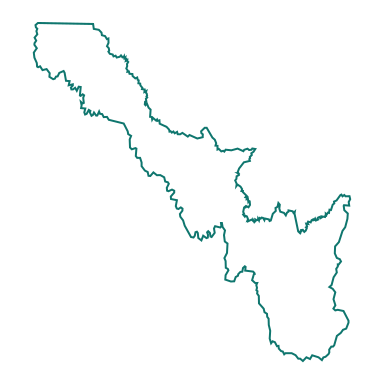 Rionegro, Santander, Colombia
{"feature_id": "7082276B88836733063931", "entity_name": "Rionegro", "entity_type": "district", "adm_level": 2, "iso_a3": "COL", "parent_name": "Colombia", "parent_adm1": "Santander", "projection": "equal_earth", "projection_center": [-73.314, 7.479], "detail": "fine", "context": "isolated", "style": "outline", "palette": "teal", "viewbox_px": 384, "rotation_deg": 0, "n_neighbors": 0, "source": "geoboundaries", "source_scale": "gbopen_adm2", "svg_char_len": 5955}
<svg xmlns="http://www.w3.org/2000/svg" viewBox="0 0 384 384"><path d="M37.9,23.0L35.5,25.1L35.9,27.3L37.3,28.8L36.4,31.1L37.3,34.3L34.6,37.6L36.2,40.7L34.5,43.2L34.4,44.8L36.8,48.2L33.8,52.6L34.4,57.6L36.8,63.0L37.1,66.6L38.1,67.2L40.1,66.3L42.5,70.1L46.6,69.1L49.7,73.2L49.4,76.8L53.2,79.2L54.8,78.7L56.0,76.6L57.6,76.4L59.3,72.9L63.6,71.0L64.6,72.8L66.0,80.8L69.6,81.1L68.7,85.3L72.8,84.3L72.8,85.5L70.9,87.6L71.4,89.4L73.0,89.4L75.1,87.8L76.8,90.8L78.7,86.7L80.7,87.0L79.9,95.5L80.6,95.9L82.7,94.3L84.1,95.3L83.2,97.8L83.8,102.9L82.6,103.5L80.9,101.9L81.6,105.4L81.1,108.1L85.3,108.5L84.3,112.3L85.1,114.5L86.6,113.9L88.8,109.9L90.4,110.9L89.8,112.3L91.5,115.8L92.9,115.0L94.0,112.5L96.2,115.6L97.3,115.5L99.1,111.5L100.0,113.8L102.2,114.1L103.7,117.1L107.0,116.9L108.8,119.8L123.7,123.5L127.7,131.3L128.2,134.1L131.1,135.9L129.7,139.4L130.0,147.5L131.8,149.3L135.4,148.1L136.4,148.6L135.8,156.0L137.2,157.9L140.1,157.9L141.6,162.5L141.6,166.2L144.9,170.6L147.7,172.0L148.5,175.8L150.3,176.0L153.4,172.4L156.9,175.2L160.3,175.1L164.2,177.3L165.2,181.5L167.9,182.3L168.8,183.8L166.8,187.8L167.1,190.7L168.5,191.2L172.0,189.6L174.2,190.7L174.2,192.6L170.8,196.5L171.0,199.0L176.9,200.2L175.8,206.1L176.8,208.5L178.4,209.0L180.8,207.4L182.5,208.6L182.4,210.7L179.9,214.0L180.3,216.7L183.1,220.4L184.7,225.7L191.0,237.0L193.5,237.5L194.8,235.7L195.5,232.2L196.9,231.7L197.8,233.0L198.3,238.0L201.4,240.4L203.2,235.7L206.5,238.1L207.8,237.6L208.0,234.8L207.1,232.3L208.2,231.2L209.9,232.9L210.5,236.5L211.6,237.0L214.7,232.8L214.0,228.5L215.1,226.2L220.3,227.5L221.4,226.2L221.0,223.0L221.9,223.0L222.6,227.0L225.0,230.4L224.0,235.1L224.8,241.5L227.5,243.5L227.0,253.0L224.4,258.1L225.6,261.0L225.8,267.8L227.8,268.9L228.4,270.3L225.6,275.2L225.3,279.6L230.9,281.5L234.2,281.3L235.7,277.0L238.0,275.7L238.2,274.2L240.4,271.9L242.3,271.7L243.0,268.0L244.8,266.3L245.6,266.9L245.2,270.6L253.1,271.6L254.4,273.0L254.7,273.9L253.9,274.1L252.1,280.2L255.3,283.1L257.2,283.0L256.3,285.1L257.0,287.8L256.4,290.2L257.5,291.2L257.1,293.5L258.8,295.9L259.0,303.4L263.7,308.7L264.5,312.2L267.0,313.8L267.2,316.8L268.6,318.7L268.8,325.0L270.2,330.8L269.7,338.6L271.1,343.3L272.6,341.3L274.9,342.2L277.0,346.2L278.5,345.9L278.8,348.6L281.1,351.1L282.8,351.5L284.2,354.3L285.4,353.2L291.7,353.2L295.6,355.2L298.3,358.7L300.2,358.7L302.9,361.0L306.4,357.3L310.0,359.0L312.2,355.3L318.5,357.3L321.9,360.1L323.4,357.4L325.5,356.8L328.5,354.1L329.3,352.4L329.2,349.6L331.3,346.6L333.0,346.6L334.2,345.3L336.9,335.9L340.8,332.9L343.0,329.8L346.2,328.6L348.5,322.7L348.5,320.7L343.5,311.0L337.7,309.8L335.3,310.4L333.4,308.6L335.4,305.3L333.5,299.2L335.3,292.3L332.7,288.8L329.4,287.0L331.6,285.0L333.6,277.3L336.8,272.5L336.2,268.9L337.8,266.5L337.8,264.5L338.5,264.7L341.0,261.5L339.8,259.2L336.8,257.9L334.8,253.3L335.1,246.4L338.9,242.1L342.5,230.9L345.2,227.2L347.4,218.9L347.8,213.5L344.3,210.2L343.7,205.9L344.0,205.2L349.2,205.6L348.7,202.0L350.2,199.2L349.5,196.2L345.5,196.3L344.3,195.0L342.5,196.3L341.4,194.6L340.4,195.1L336.5,200.5L334.0,201.6L334.3,203.4L332.7,204.7L331.0,210.0L329.5,209.7L329.0,212.9L328.0,212.6L326.8,214.4L325.8,213.6L326.0,215.8L325.3,215.7L325.0,217.0L321.8,216.4L322.0,217.3L320.3,218.3L319.8,216.9L318.2,217.5L317.5,218.4L318.0,219.6L315.9,220.5L315.1,218.6L314.2,220.1L313.2,220.3L313.0,219.4L311.6,220.2L310.7,222.4L308.1,221.6L307.5,222.9L308.1,224.0L306.2,223.7L307.1,226.5L306.0,227.3L306.8,228.1L305.7,230.7L304.3,231.9L302.8,229.8L301.1,230.1L301.3,231.2L299.8,231.6L300.5,232.8L300.2,233.3L298.2,231.4L294.5,213.5L294.8,211.7L293.5,212.9L292.7,211.3L288.5,210.4L288.4,211.7L287.0,212.6L285.8,215.4L284.0,212.9L280.3,211.7L279.3,208.6L279.8,204.7L278.4,203.0L277.5,206.8L275.5,208.0L275.8,210.9L272.8,213.8L270.8,220.5L269.6,221.0L268.9,219.4L264.9,218.5L264.4,220.2L263.0,217.9L261.5,217.6L260.7,218.6L259.6,218.0L259.0,220.5L258.1,218.8L258.0,219.9L256.7,220.2L255.3,219.4L255.4,221.1L254.3,222.2L252.9,219.6L252.6,220.5L251.6,219.6L248.1,221.3L248.1,220.4L247.4,220.7L248.0,219.1L246.9,216.4L245.3,215.7L244.8,216.6L243.1,214.5L244.0,213.7L243.2,211.9L244.1,207.5L245.6,206.3L245.9,207.1L246.7,206.3L248.5,207.3L250.0,204.9L249.7,201.3L248.8,200.9L248.3,201.7L248.0,199.3L247.0,199.3L247.8,198.3L247.4,196.2L247.0,198.0L245.4,197.3L246.6,195.8L242.8,192.0L242.9,191.0L241.5,191.0L242.1,189.1L240.5,186.6L237.6,184.6L236.4,186.1L236.7,183.9L235.2,180.4L236.4,178.9L236.6,176.3L238.9,175.0L238.7,173.8L237.6,173.1L238.4,173.1L237.7,172.1L239.1,168.5L243.9,162.3L249.9,160.9L249.3,159.1L250.1,158.2L249.8,157.0L251.8,155.0L251.3,153.3L253.5,151.8L255.3,149.0L252.3,148.5L251.5,149.7L249.1,150.0L247.5,148.7L244.2,149.8L243.4,151.2L237.6,148.6L231.4,150.3L225.6,149.7L224.3,151.6L223.2,150.8L221.3,151.4L218.8,148.9L217.5,149.5L217.5,145.8L215.5,145.6L216.2,143.2L214.8,139.7L212.4,137.6L206.7,127.8L204.7,127.8L201.1,131.3L201.4,133.2L202.8,134.3L202.7,137.2L197.3,138.5L189.5,135.0L187.8,136.6L182.4,132.9L180.1,134.3L177.7,134.2L177.1,131.9L174.7,133.3L173.4,131.5L171.8,132.6L170.6,131.2L169.5,131.6L169.1,129.6L166.6,126.9L159.7,123.7L159.4,120.3L157.4,120.9L157.0,119.5L156.0,120.5L153.1,118.0L152.2,119.6L151.8,117.0L150.1,116.8L150.6,109.6L148.6,107.7L146.8,103.3L145.5,105.2L144.8,104.4L145.1,101.7L146.3,101.1L145.9,98.7L147.2,97.5L146.5,96.4L147.1,95.7L146.7,93.5L145.8,92.6L146.3,91.0L144.4,92.0L144.7,89.5L142.0,89.1L142.4,87.9L140.4,85.4L140.2,83.6L138.4,83.3L138.7,80.4L137.7,79.8L137.2,77.5L135.3,78.4L132.6,76.0L132.4,74.0L129.5,73.8L128.9,71.5L127.4,71.8L127.7,70.5L126.3,68.5L127.2,66.1L127.0,64.0L128.2,62.0L127.2,61.1L127.3,60.0L125.8,60.8L126.2,58.8L125.1,58.7L125.3,57.5L124.4,58.3L124.1,56.3L123.5,57.4L122.6,56.9L122.9,58.0L121.0,55.4L119.7,56.8L116.7,57.5L115.6,55.7L113.5,56.4L112.7,54.5L109.8,53.8L108.4,51.6L109.2,50.7L108.8,48.2L107.0,46.2L108.5,42.9L108.4,38.5L106.9,39.1L105.1,36.1L101.9,35.2L101.5,32.6L98.8,29.8L93.8,28.9L93.1,24.0L37.9,23.0Z" fill="none" stroke="#0f766e" stroke-width="2"/></svg>